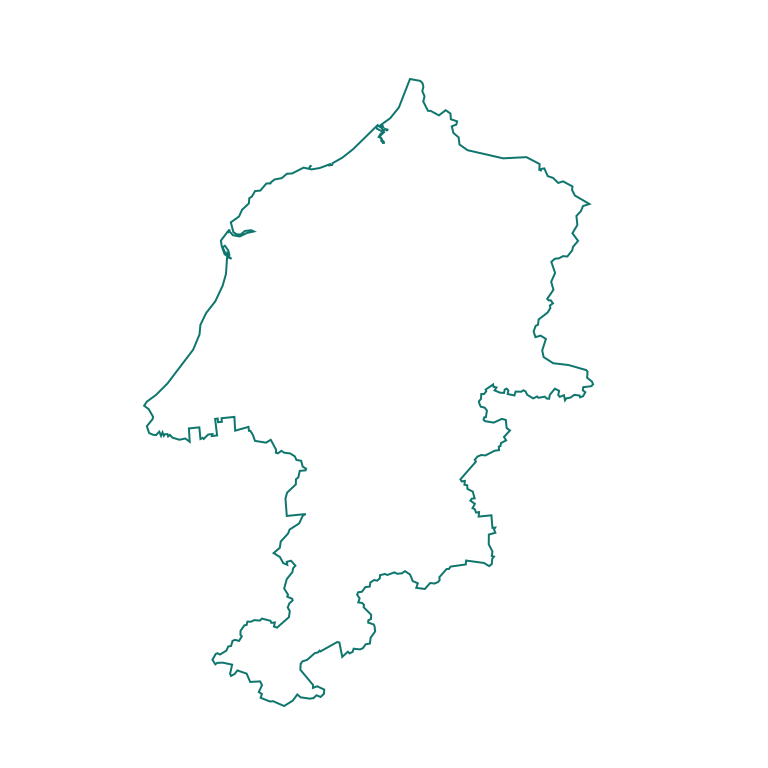 the district of Bundaberg, Queensland, Australia, rotated 257°
{"feature_id": "25037944B53664742087650", "entity_name": "Bundaberg", "entity_type": "district", "adm_level": 2, "iso_a3": "AUS", "parent_name": "Australia", "parent_adm1": "Queensland", "projection": "robinson", "projection_center": [152.268, -24.973], "detail": "fine", "context": "isolated", "style": "outline", "palette": "teal", "viewbox_px": 768, "rotation_deg": 257, "n_neighbors": 0, "source": "geoboundaries", "source_scale": "gbopen_adm2", "svg_char_len": 6134}
<svg xmlns="http://www.w3.org/2000/svg" viewBox="0 0 768 768"><g transform="rotate(257 384 384)"><path d="M636.9,505.7L633.4,497.9L639.6,490.9L640.3,488.3L650.4,485.8L655.2,488.2L660.8,487.2L664.6,489.2L668.4,489.2L671.2,487.5L675.3,477.9L650.1,460.7L641.6,449.9L636.2,437.0L634.7,438.8L635.3,439.7L634.9,440.6L635.3,440.4L635.5,440.5L635.8,440.6L635.8,440.8L635.4,440.8L635.4,440.5L635.0,440.7L634.8,440.5L634.5,438.9L632.3,440.0L631.9,443.1L630.8,443.6L631.3,444.3L631.1,444.7L630.7,444.6L630.5,445.3L630.8,443.4L631.9,442.9L631.6,440.8L629.3,440.6L625.8,434.7L624.6,436.5L622.2,437.1L621.0,436.2L621.4,436.6L621.4,437.2L620.7,438.0L620.3,438.0L619.8,437.3L619.2,437.3L619.3,438.2L618.7,438.9L619.1,437.2L619.8,437.3L620.6,438.0L621.3,437.2L620.9,436.3L621.2,436.1L624.3,436.5L625.9,434.4L628.7,437.1L629.5,440.2L634.3,434.6L636.6,434.4L638.2,436.9L619.8,406.8L613.9,394.3L610.8,383.7L609.1,382.8L609.3,380.1L610.3,380.6L608.9,370.0L609.4,361.7L612.9,354.3L609.8,341.7L610.7,336.7L607.6,330.7L607.9,323.4L605.6,318.5L604.1,318.5L605.1,318.3L605.8,314.5L600.3,307.0L601.0,301.7L596.3,297.4L595.4,294.6L590.3,292.9L585.7,284.9L579.8,280.4L576.0,271.1L565.8,271.4L563.0,274.1L561.9,277.9L564.4,282.9L563.7,289.3L561.9,291.5L562.0,284.4L560.2,276.7L562.9,270.3L567.9,267.5L566.3,265.9L568.1,267.0L568.3,268.8L568.8,267.4L560.4,257.3L554.8,256.9L546.2,257.9L544.9,259.3L553.5,257.5L554.5,260.1L549.2,262.3L544.8,262.4L542.5,261.5L540.3,263.7L542.3,260.8L544.6,262.0L546.7,260.8L526.8,254.8L516.1,248.9L502.5,238.2L493.2,226.7L482.9,218.4L473.8,215.4L460.4,205.8L433.2,173.1L424.7,159.5L420.1,148.9L416.8,145.4L412.4,149.1L404.0,151.6L401.9,150.7L396.2,143.4L389.1,144.1L386.5,147.5L385.5,150.5L388.1,154.3L383.6,155.1L386.7,157.3L383.1,157.9L384.3,159.1L383.9,161.8L381.5,161.9L382.5,164.0L379.3,165.8L375.7,172.1L375.6,178.1L371.4,181.7L384.6,183.9L383.3,194.3L371.7,192.8L372.3,195.2L371.0,195.9L374.3,201.3L373.8,205.6L372.0,204.6L371.4,209.8L388.0,211.6L387.7,214.2L384.1,213.7L383.6,217.5L387.2,218.0L385.6,230.8L372.0,228.5L372.7,242.3L368.8,241.9L368.5,243.2L363.8,244.8L357.6,245.5L353.4,255.8L355.1,261.1L344.2,264.1L341.3,263.2L340.3,265.0L341.9,269.0L339.4,271.5L337.5,276.9L333.6,280.8L329.7,281.6L327.8,286.0L321.8,286.2L318.9,289.1L317.5,288.1L318.3,282.4L312.3,279.5L311.0,276.8L306.0,275.5L299.9,265.1L294.5,262.2L277.3,259.6L274.9,278.5L274.0,275.3L267.2,269.9L263.4,259.3L259.8,256.8L253.8,248.0L247.8,245.6L244.1,238.4L238.8,243.7L232.2,245.5L229.6,249.1L232.6,249.3L232.7,253.7L226.9,256.8L224.9,254.0L221.3,252.4L215.8,245.4L207.2,240.7L200.3,243.1L198.5,241.9L195.4,246.2L193.6,246.3L191.6,242.5L187.9,239.9L183.8,241.1L178.2,238.9L170.7,225.0L172.4,222.2L176.2,224.0L176.6,220.5L178.8,220.1L182.9,212.3L181.4,209.8L183.1,204.5L182.3,201.0L183.2,197.5L180.1,195.9L180.3,193.7L175.8,188.7L171.8,187.7L170.2,188.7L166.3,185.0L168.2,181.2L167.8,178.7L163.1,176.0L163.3,173.2L159.7,170.5L157.3,163.3L159.1,161.1L158.8,159.3L153.9,154.8L148.8,156.6L149.8,158.6L148.8,164.1L144.7,172.9L136.4,168.9L134.0,169.2L135.0,173.2L137.9,176.7L132.7,185.0L123.8,186.6L122.1,196.4L118.0,197.4L112.0,192.7L109.4,195.3L106.0,193.2L100.2,201.6L100.0,204.4L92.7,214.2L96.0,223.9L101.0,229.7L97.5,232.2L94.1,240.9L93.8,244.7L95.9,248.2L93.3,251.8L95.7,255.8L99.7,257.0L104.5,250.9L103.9,246.4L106.6,247.2L124.4,238.2L130.2,239.9L132.1,242.2L132.5,247.1L137.4,256.1L137.3,259.4L138.6,261.1L137.7,261.8L143.1,280.4L142.1,282.4L127.5,281.9L131.3,288.6L129.3,289.8L130.0,293.1L132.9,294.9L130.8,300.9L131.3,303.9L134.5,307.6L134.3,311.9L139.8,313.9L144.9,319.7L150.0,320.3L152.0,319.9L155.1,314.9L157.3,315.6L157.9,318.4L162.1,319.6L171.1,313.9L173.1,314.9L175.6,313.4L177.0,309.8L180.6,312.0L184.8,310.4L186.9,312.0L186.5,315.7L190.3,320.2L189.8,324.5L193.7,326.1L195.2,330.3L193.9,333.1L195.6,336.2L198.6,337.1L198.7,342.1L197.2,344.3L198.1,351.8L196.1,354.2L195.5,358.8L196.9,362.4L192.5,366.5L185.5,367.7L182.2,372.1L178.1,369.6L175.1,377.7L179.7,384.2L178.2,388.5L178.9,392.2L180.4,394.1L183.3,394.5L189.6,403.3L189.2,405.7L191.1,407.8L189.8,423.1L193.5,424.3L187.1,441.2L182.9,445.5L184.3,448.5L189.3,450.1L191.1,452.3L192.2,450.3L196.4,452.0L204.3,450.0L213.7,452.3L214.0,459.0L217.5,458.5L219.1,460.0L219.4,457.3L231.9,459.1L233.5,446.4L237.8,447.8L238.0,444.8L241.7,444.2L243.1,442.3L246.8,445.6L250.9,441.9L252.5,443.7L252.2,446.6L259.2,446.3L263.0,441.7L266.6,442.3L267.7,439.7L271.4,441.0L271.6,437.8L273.9,437.0L287.7,456.1L289.7,455.4L292.3,458.8L292.9,462.8L291.6,466.8L294.1,476.8L293.7,481.2L297.2,481.8L297.3,483.5L300.1,484.6L301.6,490.3L305.4,489.0L310.4,496.3L313.5,493.6L321.6,494.6L323.5,491.0L321.7,482.2L325.1,474.0L326.8,473.0L329.0,474.2L328.8,475.8L334.9,478.3L338.3,476.8L340.1,473.2L342.7,472.6L345.7,472.5L347.7,475.2L352.3,476.5L351.7,479.1L353.9,482.0L355.7,481.8L359.0,490.2L356.8,490.0L355.3,492.8L352.9,490.3L349.5,495.0L348.3,498.9L351.4,500.4L351.9,502.5L349.7,503.7L346.4,502.2L343.5,508.5L347.0,510.5L345.6,516.0L346.5,518.3L345.0,520.2L341.3,521.1L336.4,526.1L337.4,530.4L335.8,531.4L335.5,537.8L333.2,539.3L332.5,541.6L336.1,543.1L341.0,549.4L338.0,553.1L334.1,551.3L331.9,552.4L332.6,556.8L327.4,556.7L329.0,558.5L328.8,562.7L330.6,566.8L328.8,572.0L326.9,572.1L327.3,575.2L330.7,578.3L333.1,576.3L336.1,577.4L335.2,585.4L336.6,587.6L339.5,587.2L344.4,583.3L350.2,585.1L352.1,584.1L361.0,568.0L366.2,553.5L374.3,545.6L381.1,545.7L391.5,551.9L395.9,547.5L395.6,542.1L401.5,541.6L406.5,544.8L407.1,547.4L412.1,549.2L416.9,559.6L420.6,563.2L423.2,563.3L424.6,566.8L428.1,565.2L428.4,563.3L430.3,562.2L437.7,570.3L446.0,569.9L453.7,575.7L465.4,574.5L467.6,578.7L467.1,582.8L468.3,587.1L467.0,591.3L471.8,597.4L475.1,599.0L479.8,605.3L488.5,601.5L495.5,608.2L504.5,609.3L508.0,614.6L512.6,617.9L513.2,624.6L524.7,612.4L530.7,610.9L534.1,612.1L541.2,604.0L540.7,599.0L546.8,595.1L549.7,590.3L558.0,588.7L558.2,585.7L556.8,584.9L557.7,583.5L563.3,585.1L573.0,573.8L577.1,550.8L593.0,518.0L600.4,511.4L607.5,512.2L613.0,508.1L619.8,508.0L620.5,512.8L623.5,514.3L626.9,508.7L632.6,509.6L636.9,505.7ZM612.8,361.1L611.3,359.6L613.4,362.4L612.8,361.1Z" fill="none" stroke="#0f766e" stroke-width="2"/></g></svg>